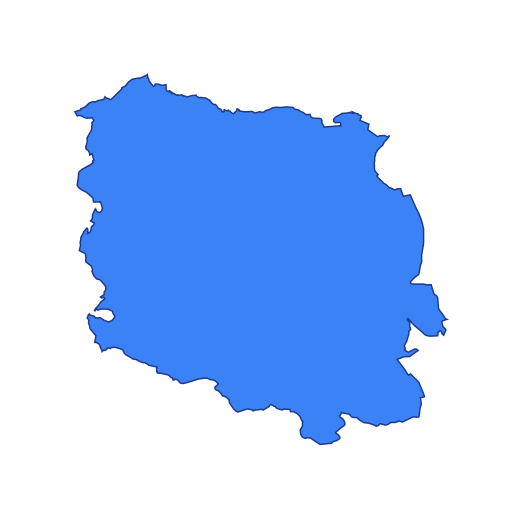 outline of Garbou, Salaj, Romania, rotated 350°
{"feature_id": "2599482B85635598983906", "entity_name": "Garbou", "entity_type": "district", "adm_level": 2, "iso_a3": "ROU", "parent_name": "Romania", "parent_adm1": "Salaj", "projection": "orthographic", "projection_center": [23.428, 47.145], "detail": "fine", "context": "isolated", "style": "filled", "palette": "blue", "viewbox_px": 512, "rotation_deg": 350, "n_neighbors": 0, "source": "geoboundaries", "source_scale": "gbopen_adm2", "svg_char_len": 6022}
<svg xmlns="http://www.w3.org/2000/svg" viewBox="0 0 512 512"><g transform="rotate(350 256 256)"><path d="M388.0,442.9L388.9,441.8L391.1,434.5L393.1,430.4L393.3,424.0L397.4,423.9L397.3,421.9L394.4,408.5L387.6,398.9L385.3,399.9L382.4,392.9L377.0,382.4L384.1,380.9L389.8,381.7L399.2,377.2L398.2,375.8L396.4,375.1L389.4,377.2L386.0,374.6L386.9,373.5L386.6,370.0L389.7,365.9L392.9,359.5L393.3,357.1L395.6,354.9L395.1,351.7L395.9,348.4L394.1,345.2L394.2,344.1L394.5,343.8L395.2,344.3L399.8,351.8L406.7,360.0L408.3,362.5L410.5,364.1L413.6,365.2L421.0,366.1L421.4,365.6L421.7,363.2L424.2,361.5L425.3,362.3L425.7,365.0L427.1,366.6L430.1,361.9L429.9,360.9L427.8,357.8L427.5,353.3L428.3,352.3L433.0,351.5L431.7,350.7L429.6,345.7L427.0,340.7L426.7,339.0L427.6,328.4L426.7,326.2L425.1,324.9L424.6,323.8L423.5,314.6L419.7,314.2L415.8,312.7L404.9,310.8L403.4,309.6L403.6,308.5L404.4,307.6L408.8,304.5L412.9,302.5L413.6,301.3L416.4,293.4L418.3,290.2L419.0,284.6L422.9,273.7L423.7,270.1L425.7,258.4L425.4,251.7L424.0,243.3L421.8,236.0L418.5,222.5L411.6,222.8L411.1,221.6L410.1,214.8L406.7,214.5L403.9,215.0L401.0,212.7L398.8,211.7L397.1,208.9L394.3,206.4L389.3,199.2L388.9,198.3L390.4,197.1L387.9,192.9L387.8,190.2L388.5,187.0L388.4,185.2L389.3,183.3L390.0,179.6L391.7,176.2L391.7,175.1L393.1,174.4L393.4,173.5L396.7,170.8L400.0,168.9L402.3,165.8L405.2,163.8L407.8,161.4L407.8,160.9L406.3,161.6L403.3,159.6L398.1,159.1L396.8,159.7L395.3,158.5L388.0,151.0L390.1,145.8L382.0,140.6L382.5,139.0L383.9,137.6L383.8,135.9L382.2,135.3L381.0,133.6L379.3,133.1L375.9,130.8L376.2,132.3L374.0,131.5L374.1,130.9L373.4,130.8L371.3,131.1L365.2,130.5L364.5,131.1L359.3,132.6L356.4,134.6L356.0,137.2L357.4,138.5L361.9,139.0L362.4,139.6L362.2,142.4L345.6,140.9L343.9,135.7L344.5,134.4L343.9,132.3L342.3,131.5L336.1,130.1L334.2,128.5L333.8,125.9L330.4,125.6L329.3,125.0L327.1,122.6L325.0,121.5L323.3,119.6L319.3,118.0L318.3,116.1L311.8,114.5L305.6,114.0L301.4,112.9L297.4,113.1L295.4,113.9L291.2,114.4L288.5,115.6L285.8,115.3L285.0,114.5L279.7,115.0L278.6,114.4L278.1,113.5L276.5,112.8L270.6,112.2L264.7,110.4L264.5,110.0L265.0,109.6L263.5,108.0L262.8,107.9L262.2,109.5L258.4,112.0L256.5,110.4L255.7,109.1L254.9,108.9L254.0,107.5L252.4,108.0L250.1,106.4L249.5,108.3L247.4,108.0L247.5,106.4L245.9,104.7L244.7,104.3L242.9,100.5L242.0,99.6L240.8,99.5L239.3,98.1L237.0,94.1L235.5,93.2L234.6,92.0L229.0,90.2L227.6,90.3L225.3,88.5L224.9,87.2L220.2,86.9L215.6,87.5L214.6,86.5L211.7,85.4L210.7,84.3L207.9,84.4L206.8,83.6L205.8,84.0L203.1,81.4L201.6,81.6L201.7,80.4L201.2,79.8L200.0,79.9L199.8,78.3L198.4,78.4L198.7,79.0L196.7,78.0L196.5,75.3L197.2,71.7L193.2,71.7L190.2,70.1L187.4,69.2L186.5,69.4L185.5,70.9L184.3,71.1L181.1,65.0L180.9,62.5L180.4,61.3L180.5,58.5L179.7,59.0L171.9,60.8L171.2,60.3L164.6,60.5L160.5,62.6L157.0,65.9L153.3,66.9L152.2,68.7L140.3,76.8L135.4,74.0L134.9,73.1L133.8,74.8L132.2,75.4L127.4,75.5L125.3,76.3L121.6,75.8L118.5,76.3L113.6,79.5L109.0,80.7L108.7,81.7L102.7,82.5L104.3,87.0L106.1,86.7L107.9,87.5L109.4,88.3L110.2,89.3L113.6,91.0L118.7,91.4L119.8,94.1L119.2,95.2L117.6,96.1L117.4,97.3L117.7,97.9L116.5,100.2L116.7,100.6L116.5,102.0L115.3,104.1L110.0,110.5L109.9,113.2L108.6,116.6L107.2,118.9L107.4,121.6L108.6,122.2L109.8,124.5L109.8,127.7L112.4,126.8L112.9,133.5L111.8,133.9L111.5,134.6L111.3,135.4L111.8,135.3L111.9,135.8L109.2,137.2L100.3,140.2L96.4,142.4L95.7,143.7L94.2,149.4L92.1,155.3L93.6,158.4L95.9,160.7L100.0,163.7L104.7,169.5L105.5,171.0L105.4,174.6L112.3,175.8L113.1,182.5L111.3,185.2L109.3,186.1L107.3,184.8L106.4,183.4L106.4,182.3L105.8,182.4L105.7,181.9L102.2,187.0L101.2,191.0L99.1,192.7L102.5,195.6L101.5,197.0L98.9,198.8L98.1,201.5L97.0,203.3L95.3,204.5L94.0,204.6L94.5,203.6L95.0,200.2L94.3,199.2L90.5,202.2L89.8,203.6L86.8,207.2L86.3,209.5L85.1,212.3L85.1,215.0L82.9,220.0L88.3,224.0L88.3,228.4L87.4,231.2L87.6,232.4L91.9,237.1L92.7,240.3L92.6,241.2L91.8,242.5L92.8,247.3L95.2,251.0L97.9,252.1L99.1,253.6L102.3,259.0L102.8,261.1L102.0,263.4L100.2,265.1L99.7,267.7L95.6,269.4L96.8,270.6L99.2,270.3L99.7,271.9L95.4,274.2L91.6,278.0L88.9,279.8L87.4,281.7L88.0,282.0L89.6,280.6L90.9,281.8L94.0,281.3L100.7,282.5L104.8,285.1L105.6,288.9L106.5,289.9L106.3,291.5L104.4,293.4L102.8,294.5L99.3,295.3L96.0,293.5L92.0,289.8L87.3,289.2L86.1,287.1L83.2,285.8L81.9,284.7L81.9,284.2L80.6,284.8L80.1,286.2L79.0,287.5L80.2,290.4L79.4,293.2L80.0,295.9L80.0,298.8L84.5,306.8L82.2,313.1L83.8,313.5L86.2,315.6L86.8,317.7L86.9,319.3L87.9,322.2L87.8,323.4L89.7,322.3L91.0,322.8L92.5,322.2L93.3,321.3L95.0,320.7L96.3,321.8L97.3,321.1L101.2,321.3L108.0,324.7L108.5,325.4L109.2,328.3L110.7,330.7L115.7,334.7L116.5,335.8L120.4,337.3L121.9,338.8L125.8,341.3L128.2,341.9L129.6,343.2L130.3,343.2L131.2,344.8L139.2,348.2L138.4,350.1L138.3,352.6L138.7,354.2L141.4,354.7L149.3,358.1L151.3,361.0L152.6,361.8L152.8,363.6L153.4,363.9L155.4,363.3L157.1,364.2L159.3,367.8L161.4,368.8L165.2,368.8L177.5,367.2L184.4,367.3L187.3,368.2L189.6,369.8L192.3,370.6L194.3,371.9L196.7,375.5L193.0,377.9L192.6,378.8L192.9,380.1L193.6,381.1L195.7,382.4L198.0,385.7L198.7,387.8L202.5,389.9L204.5,393.3L204.4,396.2L207.2,402.2L208.9,404.8L210.8,406.5L221.4,405.1L226.2,407.3L226.3,408.1L228.2,407.6L235.4,408.0L236.2,409.0L242.5,406.6L244.4,404.8L245.9,405.5L247.8,407.3L248.6,407.4L249.9,409.4L252.7,411.2L255.2,412.1L257.1,411.7L262.8,412.9L262.9,414.7L263.3,415.4L265.9,415.8L269.3,418.4L271.5,421.8L272.5,426.3L273.3,427.4L272.6,429.0L272.3,431.7L269.4,434.7L269.0,438.7L270.0,442.0L271.5,443.4L273.5,444.3L274.3,443.8L277.9,444.6L286.3,452.7L297.5,453.5L300.1,452.1L303.4,451.8L306.7,450.3L307.0,449.8L307.1,448.6L305.9,446.4L303.9,444.3L303.8,443.6L309.4,440.1L313.1,438.5L314.3,437.4L314.5,435.9L314.2,433.7L313.0,431.3L310.5,428.9L310.4,428.2L312.0,426.9L312.7,425.0L320.5,428.1L322.2,431.0L324.1,432.0L327.6,432.8L329.3,435.4L333.3,438.8L338.2,440.3L343.5,443.2L344.8,444.6L346.8,444.2L349.0,442.6L353.6,444.8L355.9,445.0L360.0,443.4L364.5,444.1L368.3,443.3L371.3,444.9L382.7,441.7L388.0,442.9Z" fill="#3b82f6" stroke="#1e3a8a" stroke-width="1.5"/></g></svg>